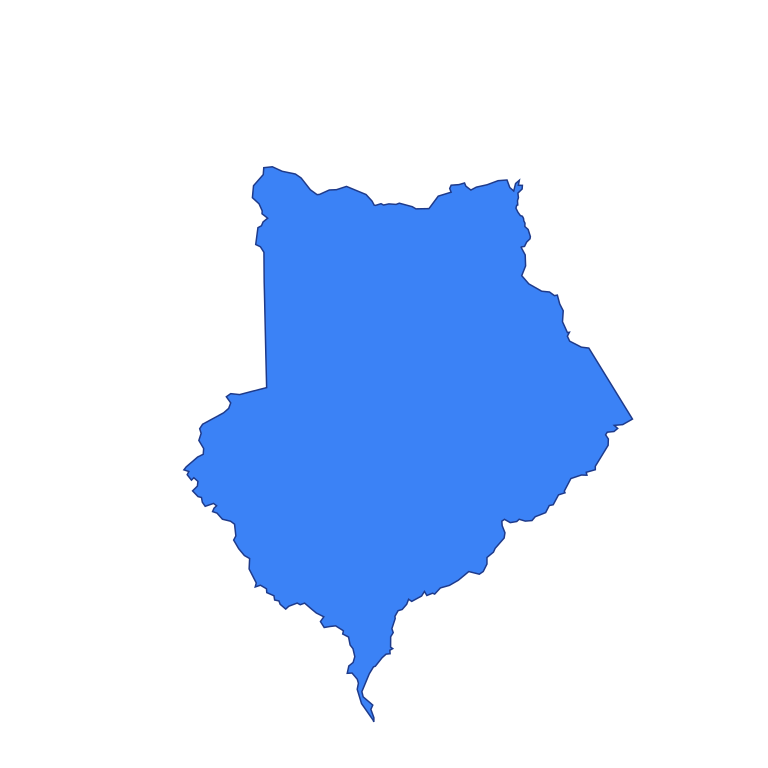 the district of Coamo, Puerto Rico, rotated 227°
{"feature_id": "32010507B26629522791293", "entity_name": "Coamo", "entity_type": "district", "adm_level": 2, "iso_a3": "PRI", "parent_name": "Puerto Rico", "parent_adm1": "", "projection": "robinson", "projection_center": [-66.366, 18.096], "detail": "fine", "context": "isolated", "style": "filled", "palette": "blue", "viewbox_px": 768, "rotation_deg": 227, "n_neighbors": 0, "source": "geoboundaries", "source_scale": "gbopen_adm2", "svg_char_len": 3123}
<svg xmlns="http://www.w3.org/2000/svg" viewBox="0 0 768 768"><g transform="rotate(227 384 384)"><path d="M325.6,154.9L323.4,151.4L321.1,156.4L314.4,158.4L311.4,156.0L304.2,159.1L300.6,156.7L297.0,159.2L293.7,157.8L286.4,158.6L286.4,162.8L283.0,171.1L279.7,172.2L277.9,176.5L268.8,177.5L262.7,178.3L254.8,181.2L253.6,175.5L246.7,174.2L243.5,179.1L240.1,183.7L231.2,186.0L229.3,183.3L223.1,185.5L216.2,181.2L211.6,180.8L204.5,176.7L201.4,171.5L201.8,166.0L197.5,159.8L194.4,163.5L186.3,163.1L182.6,161.2L179.0,156.2L165.6,149.6L145.7,146.8L143.8,146.1L146.8,149.0L155.0,152.5L156.8,156.8L169.4,155.4L174.1,158.0L182.1,175.6L184.3,183.4L183.5,185.2L185.1,195.9L185.0,201.3L182.6,204.5L185.3,206.7L184.5,209.9L187.1,209.4L194.6,216.5L195.9,221.2L199.7,222.9L204.8,232.2L206.6,233.5L208.6,239.7L206.7,243.5L207.4,250.3L209.8,255.2L206.1,256.0L203.3,266.9L204.7,272.1L200.1,271.1L197.9,276.8L195.8,277.8L196.4,286.2L192.1,294.5L189.8,304.5L189.0,318.1L179.9,324.0L179.2,328.7L182.1,336.5L186.9,341.0L186.4,349.4L188.0,353.2L189.4,366.8L192.7,371.0L199.8,373.8L203.3,376.6L202.9,379.8L196.5,381.8L192.9,387.3L192.9,390.6L187.4,393.8L183.2,399.1L183.8,404.1L179.7,414.5L182.4,422.0L180.3,425.4L183.9,436.0L181.0,442.2L182.7,442.8L187.4,456.2L182.8,466.3L178.9,470.2L181.5,471.7L177.2,480.1L179.7,482.4L186.3,506.1L190.8,510.6L195.7,511.4L196.5,514.4L192.4,519.8L192.1,524.6L196.7,524.2L191.5,530.9L188.9,541.8L270.6,558.3L276.3,553.5L288.7,549.0L293.9,550.7L295.4,554.9L296.5,553.2L307.8,557.0L315.3,565.0L322.7,567.1L330.8,571.4L332.4,568.9L338.4,567.8L344.3,562.6L358.4,558.2L369.3,558.6L373.8,568.1L382.1,575.3L390.4,577.5L390.6,577.9L388.8,580.6L390.5,585.1L390.6,589.8L392.0,591.6L398.7,594.8L403.1,594.4L405.5,596.8L407.9,597.5L410.0,599.0L412.3,599.6L414.2,598.6L418.3,599.1L422.6,600.4L424.2,602.9L423.7,603.9L427.0,606.6L428.6,609.4L432.3,612.1L432.4,618.0L434.9,620.7L437.7,617.8L440.7,621.9L440.9,617.0L436.7,610.5L441.9,610.0L449.3,613.1L454.9,606.1L459.4,595.3L465.0,585.8L466.6,579.8L472.9,578.8L476.1,580.0L478.7,574.8L483.6,568.7L482.2,565.4L478.5,563.9L484.4,551.8L481.6,536.5L490.3,526.8L494.4,525.6L505.8,518.5L507.1,515.3L512.4,510.4L515.2,505.7L517.9,504.8L520.4,499.6L521.5,498.8L525.9,500.0L534.8,500.1L554.1,491.3L558.5,481.8L563.2,476.3L566.6,466.2L568.1,464.2L576.3,462.6L591.1,463.9L598.0,462.4L609.0,454.6L619.0,450.5L624.2,443.6L619.5,438.5L618.0,423.8L610.0,414.8L601.0,415.5L593.7,413.0L591.7,410.9L584.6,412.0L585.0,406.1L583.3,402.3L584.3,398.4L573.5,385.3L568.7,387.2L562.2,386.0L540.5,366.1L528.0,355.0L487.4,318.8L461.4,295.7L468.8,282.2L474.7,271.2L481.5,265.3L482.2,260.0L474.7,259.0L472.1,253.8L472.3,247.1L478.3,223.9L477.0,218.7L472.6,216.6L469.0,210.1L459.8,208.1L455.9,203.9L457.7,197.9L458.3,182.8L457.7,179.1L453.1,181.6L451.9,178.2L445.0,177.6L445.1,181.0L439.7,181.5L436.6,177.9L436.4,171.1L428.5,171.2L425.5,173.1L421.4,170.5L416.5,169.8L412.9,177.9L409.1,178.5L409.1,175.0L407.6,171.6L403.5,173.8L395.3,173.6L388.3,178.2L383.4,179.1L373.9,172.0L372.4,167.6L362.6,165.4L353.8,164.9L348.0,166.7L340.7,159.2L325.6,154.9Z" fill="#3b82f6" stroke="#1e3a8a" stroke-width="1.5"/></g></svg>